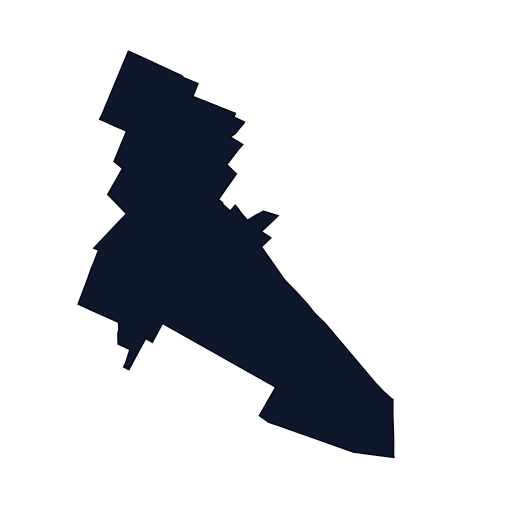 the district of Macesu De Jos, Dolj, Romania, rotated 286°
{"feature_id": "2599482B63888529601134", "entity_name": "Macesu De Jos", "entity_type": "district", "adm_level": 2, "iso_a3": "ROU", "parent_name": "Romania", "parent_adm1": "Dolj", "projection": "natural_earth1", "projection_center": [23.709, 43.853], "detail": "fine", "context": "isolated", "style": "filled", "palette": "ink", "viewbox_px": 512, "rotation_deg": 286, "n_neighbors": 0, "source": "geoboundaries", "source_scale": "gbopen_adm2", "svg_char_len": 2867}
<svg xmlns="http://www.w3.org/2000/svg" viewBox="0 0 512 512"><g transform="rotate(286 256 256)"><path d="M100.4,444.0L103.2,442.9L119.4,438.3L141.2,431.2L155.8,427.1L156.3,425.1L161.1,415.4L166.5,406.3L210.4,340.7L216.7,328.7L224.7,317.4L231.9,305.7L240.6,290.4L266.3,258.6L275.1,263.8L277.5,265.3L277.6,265.2L280.9,254.3L296.4,263.6L300.8,266.1L300.8,265.8L301.1,250.7L296.8,246.6L296.3,245.7L296.1,245.5L291.1,240.9L287.8,238.0L287.9,237.8L288.6,236.8L289.3,235.8L290.2,234.5L290.4,234.1L290.7,233.8L290.9,233.4L291.1,233.0L291.3,232.6L291.5,232.2L291.8,231.9L292.0,231.5L292.3,231.1L292.5,230.8L293.1,230.0L293.6,229.4L294.1,228.7L294.6,228.1L294.9,227.8L295.4,227.2L296.2,226.2L296.4,226.1L296.5,225.9L296.6,225.6L296.8,225.4L296.9,225.2L297.1,225.0L297.3,224.7L297.5,224.3L297.6,224.1L297.7,223.9L297.9,223.6L298.1,223.4L298.3,223.1L298.4,222.8L298.6,222.6L298.7,222.4L298.9,222.1L299.0,222.0L292.1,218.9L294.8,213.3L297.0,208.9L297.8,209.3L300.0,204.3L308.7,207.3L311.3,208.1L326.1,213.3L329.6,214.5L329.7,214.2L331.0,211.6L335.7,202.7L335.9,202.8L342.6,205.4L353.4,209.6L359.5,212.5L363.2,198.5L364.1,199.2L368.1,202.3L368.7,202.6L371.3,203.7L375.2,205.3L379.1,207.2L380.3,207.7L381.6,207.9L383.4,196.4L387.4,196.9L387.6,194.5L388.9,181.3L389.4,176.8L391.9,151.3L405.6,152.7L407.0,141.4L407.3,137.7L408.8,134.9L410.0,127.2L410.7,122.5L412.7,109.5L414.1,101.4L415.2,93.8L417.4,78.6L417.6,76.9L403.9,75.3L397.6,74.6L395.9,74.4L393.9,74.2L392.5,74.0L390.7,73.8L383.0,72.9L379.7,72.5L375.0,72.0L372.3,71.7L369.9,71.4L366.3,71.0L363.0,70.6L361.1,70.4L358.8,70.1L356.7,69.9L354.5,69.6L351.1,69.2L348.9,68.9L347.3,68.7L345.4,68.2L344.4,68.0L343.8,72.7L342.9,78.5L341.8,86.3L341.1,92.5L340.7,94.5L340.6,95.8L340.5,97.1L338.9,97.0L335.5,96.6L332.4,96.3L330.7,96.0L327.8,95.7L326.2,95.5L322.7,95.2L320.7,95.0L318.9,94.7L317.0,94.6L314.5,94.3L312.3,94.0L311.4,93.9L311.2,93.9L307.6,93.6L304.6,100.9L303.7,102.8L303.3,103.6L274.3,96.6L265.3,112.3L261.0,119.8L258.0,118.4L252.3,115.4L243.5,110.8L226.9,102.2L218.8,98.0L218.4,103.1L217.8,103.1L213.0,102.6L205.8,102.0L199.1,101.2L194.2,100.9L191.7,100.7L190.2,100.7L189.1,100.6L188.2,100.6L187.3,100.5L186.3,100.4L185.3,100.3L184.7,100.3L184.0,100.2L183.2,100.2L182.0,100.1L180.9,100.0L179.8,99.9L178.8,99.8L177.9,99.7L177.1,99.7L176.0,99.6L175.1,99.5L173.9,99.4L172.8,99.3L171.6,99.2L170.2,99.1L168.9,99.0L167.8,98.9L166.7,98.8L165.5,98.7L164.5,98.6L163.6,98.5L162.5,98.4L161.8,98.4L160.7,98.3L160.6,98.8L160.2,101.7L159.6,105.8L158.3,114.4L154.4,142.1L147.7,144.5L144.1,144.5L142.8,144.8L133.3,147.8L131.4,160.6L117.2,160.2L112.9,159.4L111.7,165.1L133.2,169.7L146.4,172.7L144.5,180.1L151.4,181.6L165.5,184.7L152.4,239.8L147.9,258.6L143.6,276.6L135.4,311.1L103.5,303.3L99.7,314.0L99.3,323.5L95.7,382.9L95.6,383.7L94.4,403.8L96.7,419.5L97.8,426.8L100.4,444.0Z" fill="#0f172a" stroke="#020617" stroke-width="1.5"/></g></svg>